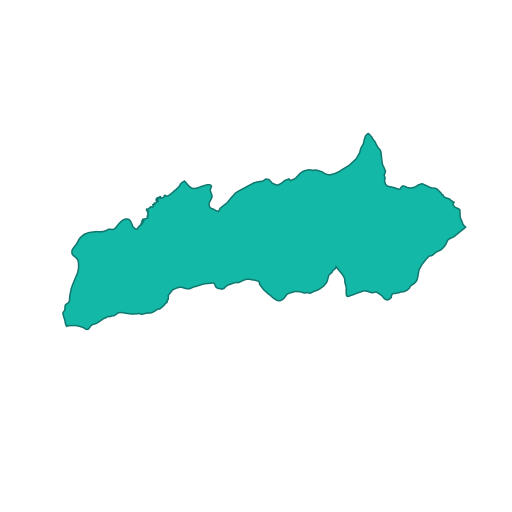 outline of Sekadau, Kalimantan Barat, Indonesia, rotated 239°
{"feature_id": "22746128B16160803458764", "entity_name": "Sekadau", "entity_type": "district", "adm_level": 2, "iso_a3": "IDN", "parent_name": "Indonesia", "parent_adm1": "Kalimantan Barat", "projection": "orthographic", "projection_center": [111.051, 0.054], "detail": "fine", "context": "isolated", "style": "filled", "palette": "teal", "viewbox_px": 512, "rotation_deg": 239, "n_neighbors": 0, "source": "geoboundaries", "source_scale": "gbopen_adm2", "svg_char_len": 6127}
<svg xmlns="http://www.w3.org/2000/svg" viewBox="0 0 512 512"><g transform="rotate(239 256 256)"><path d="M303.3,414.8L302.6,411.9L300.1,408.8L297.0,406.0L294.2,401.1L291.2,398.1L287.7,391.9L285.7,382.1L285.7,373.8L285.5,371.9L286.0,366.2L287.5,361.2L288.2,360.1L290.0,358.2L291.9,357.0L293.7,356.3L297.9,352.7L299.4,350.8L299.7,349.2L300.6,348.5L302.2,346.3L303.0,344.9L304.0,341.8L304.3,340.1L304.3,338.3L304.1,336.4L302.3,330.1L302.3,328.1L302.9,324.4L305.1,324.0L305.9,319.5L305.3,315.5L305.5,311.7L306.2,310.2L309.9,307.5L314.8,306.5L316.9,304.2L316.7,300.3L318.7,295.7L319.8,291.8L320.6,275.4L320.6,271.1L319.3,266.9L318.9,265.2L316.5,258.6L315.7,252.1L315.3,249.8L314.8,248.9L313.4,246.8L315.5,245.0L317.8,243.8L320.3,241.9L321.8,241.5L322.9,241.8L323.7,241.9L324.5,242.3L324.9,242.8L325.4,243.0L329.2,248.7L330.5,249.4L332.1,249.8L334.0,250.0L335.9,250.7L337.3,251.9L337.9,252.9L338.5,253.6L339.1,253.8L339.6,253.7L340.6,253.3L340.9,253.0L341.7,251.8L342.4,250.3L343.5,246.0L344.7,240.0L345.5,238.1L346.6,236.5L347.2,235.9L349.6,234.8L352.4,234.1L354.2,233.9L357.1,233.3L357.1,230.6L356.6,228.4L355.3,226.1L355.0,224.8L354.5,223.9L354.5,222.4L354.0,221.9L354.0,219.5L353.5,218.5L353.5,217.3L353.1,215.3L352.8,212.5L352.9,211.4L353.1,211.1L353.4,210.1L354.0,209.6L354.8,209.4L355.0,209.1L354.8,208.2L353.8,207.4L353.7,207.2L354.2,205.7L354.5,204.2L356.0,204.7L356.4,204.4L356.3,204.0L355.9,203.9L355.8,203.4L356.7,201.8L356.6,200.5L356.0,199.6L355.7,199.4L355.3,199.5L355.4,200.0L355.6,200.3L355.8,200.9L355.7,201.6L355.4,201.8L354.7,199.9L354.8,199.0L354.5,199.0L353.4,200.3L353.1,200.2L353.1,199.9L353.6,199.4L353.7,199.0L352.7,196.6L352.7,196.0L352.9,195.9L353.6,196.2L353.7,195.9L352.4,194.5L352.4,194.2L353.0,194.2L353.1,193.9L352.2,193.8L351.3,193.1L351.2,192.8L351.3,192.1L352.5,191.1L352.1,190.4L352.1,189.2L351.7,188.3L351.7,187.9L351.8,187.2L352.5,186.7L352.5,186.3L351.8,185.8L350.7,185.8L350.3,186.0L350.2,186.3L349.6,186.6L349.1,185.5L348.2,185.5L347.1,184.5L346.2,184.3L346.1,183.9L346.2,183.3L346.1,183.2L344.6,183.0L344.4,182.0L345.8,177.7L345.5,177.4L344.1,178.0L344.1,177.1L344.2,176.7L344.6,176.3L344.6,175.9L344.3,175.9L343.9,176.6L343.4,176.7L343.4,175.6L342.2,175.3L342.2,174.9L343.0,174.7L343.1,174.4L341.7,173.0L342.0,172.6L342.0,172.2L341.7,171.5L341.6,170.8L340.4,168.0L340.6,167.4L341.3,166.6L344.2,165.6L344.8,165.6L346.6,166.0L350.8,166.4L352.6,166.0L354.0,164.7L354.9,163.1L355.3,160.7L355.1,158.2L354.1,154.5L352.2,149.5L352.2,147.9L352.8,146.3L354.2,144.6L354.8,143.5L355.1,139.9L355.9,136.8L356.4,136.5L357.1,134.7L359.0,131.9L360.1,129.6L362.0,125.2L362.5,123.3L363.1,119.9L363.0,119.3L362.9,119.3L362.7,119.1L362.8,117.9L362.6,116.4L361.8,113.6L358.7,108.3L356.7,103.1L355.6,101.2L353.5,99.8L352.1,99.4L350.4,99.7L347.7,100.7L345.9,101.1L344.2,101.2L341.3,100.2L337.7,98.1L335.3,96.2L333.5,94.4L325.7,83.8L322.7,80.3L317.3,75.5L313.7,73.0L313.2,72.4L312.8,71.7L312.6,71.0L312.3,67.5L311.0,66.2L308.1,64.3L307.3,62.3L306.6,61.1L304.2,60.2L298.8,58.9L297.1,58.1L296.9,58.2L295.0,57.5L293.9,57.5L293.1,57.6L293.2,58.3L292.1,60.8L289.3,65.6L286.8,68.3L284.8,70.1L282.9,71.5L280.6,72.6L280.0,73.5L279.7,74.4L280.3,76.6L281.2,78.2L281.5,80.2L280.6,83.5L280.4,86.3L280.8,92.8L280.4,95.5L280.5,96.6L280.0,98.7L279.2,99.6L278.8,101.8L277.9,103.7L278.2,108.8L277.6,110.2L276.5,112.0L272.0,117.3L270.2,119.7L267.7,124.3L266.8,126.4L265.0,127.8L264.0,130.7L263.6,132.3L261.5,136.3L261.0,138.0L260.9,141.6L261.1,143.5L260.9,144.8L260.3,145.6L260.2,146.7L261.1,151.8L261.6,152.8L261.7,153.6L262.1,154.3L262.0,154.9L262.0,155.7L262.6,156.4L263.5,156.7L263.8,157.1L263.8,157.9L264.1,158.5L265.4,159.2L266.3,160.1L267.1,160.2L268.0,161.7L268.4,163.2L269.7,166.5L269.9,167.5L269.5,171.1L268.4,174.9L267.7,175.9L264.4,178.9L262.4,181.5L262.1,182.2L261.6,186.5L260.8,189.1L258.9,197.1L255.0,205.3L254.2,205.9L253.1,206.1L251.9,205.8L249.6,205.7L247.6,206.9L246.7,208.2L245.3,209.4L245.0,210.2L244.7,212.0L245.5,215.0L245.5,217.7L245.0,219.0L244.4,222.8L243.6,225.2L242.2,227.3L241.6,232.9L241.0,235.7L239.5,238.4L237.8,240.1L235.9,242.5L233.8,244.6L231.4,245.5L230.1,244.5L228.4,244.6L223.2,245.2L217.1,247.0L215.5,247.8L210.8,249.2L207.6,250.9L206.7,251.6L205.9,252.5L205.2,253.9L205.0,255.7L205.4,258.5L206.8,261.7L207.2,263.3L207.0,265.2L206.4,267.7L205.8,269.7L205.4,271.5L203.5,274.0L202.6,275.5L199.6,278.1L199.2,278.7L198.3,281.1L196.4,282.9L196.1,283.6L195.9,286.8L195.0,291.7L195.0,294.2L195.4,298.2L196.7,302.4L197.9,304.2L202.0,308.5L202.3,309.2L202.7,312.2L203.2,313.3L204.0,314.3L204.2,316.7L205.0,318.9L205.3,319.1L195.6,320.5L193.3,320.6L191.3,320.3L189.8,319.8L187.1,318.4L183.9,317.6L182.0,316.8L178.6,314.7L176.6,313.6L175.3,313.2L174.6,313.4L174.1,313.8L173.6,315.0L173.3,317.3L172.7,319.6L172.2,323.0L170.9,329.0L170.7,330.5L168.4,333.2L164.8,336.4L164.0,338.2L163.5,340.3L162.1,341.2L157.3,343.4L153.5,344.0L151.9,344.7L150.4,346.3L150.4,348.4L150.7,350.5L152.3,351.8L153.2,353.1L153.2,354.2L152.3,355.8L151.6,358.0L150.9,359.4L150.6,361.6L149.3,364.2L148.9,367.6L149.3,370.6L150.7,372.9L151.0,377.0L150.9,377.5L151.5,379.4L152.2,381.2L153.7,382.9L160.0,388.5L160.7,389.5L163.2,393.8L165.5,400.0L166.8,404.3L165.8,406.8L165.9,408.7L166.3,410.5L166.5,412.5L166.0,418.2L167.2,422.4L168.3,424.8L170.7,428.3L171.1,429.6L170.6,435.5L172.7,450.5L176.2,449.7L182.3,450.7L184.6,451.2L190.4,454.5L191.8,454.2L195.3,451.7L196.8,451.4L199.0,451.5L200.1,453.5L201.4,452.4L202.1,452.4L203.0,451.9L203.1,451.7L205.0,451.4L209.2,447.9L209.7,447.7L212.4,447.6L212.7,447.0L214.8,447.0L219.7,445.8L220.9,445.3L222.4,443.8L223.5,442.0L225.1,440.6L232.4,435.7L233.3,432.1L233.2,428.0L234.4,423.9L235.3,422.6L237.1,420.7L238.9,419.6L240.6,417.8L239.9,415.2L239.2,413.9L239.2,413.3L243.3,409.7L245.5,407.6L246.2,406.5L247.2,405.8L248.6,404.3L249.5,404.3L250.8,403.9L254.9,405.2L255.3,405.9L256.2,406.8L259.0,407.4L259.8,408.0L260.4,409.1L261.8,410.5L262.3,410.7L267.0,411.4L267.5,411.3L269.5,411.7L271.9,412.6L280.7,416.6L282.8,417.1L284.4,416.7L286.2,416.4L290.7,416.6L292.3,416.9L296.5,416.3L297.5,416.6L302.0,415.8L303.2,415.3L303.3,414.8Z" fill="#14b8a6" stroke="#0f766e" stroke-width="1.5"/></g></svg>